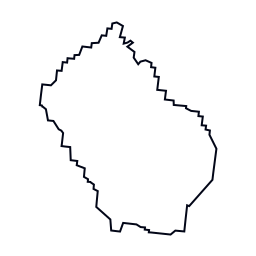 the district of Jefferson, Alabama, United States of America, rotated 96°
{"feature_id": "52423323B83509298228219", "entity_name": "Jefferson", "entity_type": "district", "adm_level": 2, "iso_a3": "USA", "parent_name": "United States of America", "parent_adm1": "Alabama", "projection": "albers", "projection_center": [-86.946, 33.545], "detail": "fine", "context": "isolated", "style": "outline", "palette": "ink", "viewbox_px": 256, "rotation_deg": 96, "n_neighbors": 0, "source": "geoboundaries", "source_scale": "gbopen_adm2", "svg_char_len": 1399}
<svg xmlns="http://www.w3.org/2000/svg" viewBox="0 0 256 256"><g transform="rotate(96 128 128)"><path d="M121.9,46.3L121.4,50.7L117.5,50.6L117.6,55.0L108.8,54.8L108.8,59.2L104.4,59.2L104.4,67.0L102.3,72.4L100.1,72.4L100.3,84.9L95.9,85.5L95.8,94.3L87.0,94.1L87.0,102.9L74.0,102.7L74.0,107.2L65.2,107.1L65.1,111.4L60.8,111.4L58.8,117.6L60.7,122.6L63.5,124.5L57.4,129.7L51.7,129.5L47.2,137.1L42.6,132.1L40.9,134.7L43.1,137.4L44.5,141.1L38.4,140.6L38.5,145.6L27.1,143.7L24.2,150.2L25.7,154.5L31.1,154.7L31.1,158.9L38.6,159.3L38.6,163.8L46.3,166.2L47.4,172.9L51.8,173.0L51.7,181.9L60.4,184.2L61.1,188.8L64.8,188.8L64.9,193.3L64.9,195.4L69.3,195.4L69.3,199.8L78.1,200.0L78.2,204.6L88.1,204.6L93.6,209.1L93.6,211.6L93.6,217.8L103.4,218.0L114.5,218.1L114.6,216.0L115.7,215.4L115.7,215.0L117.9,211.6L128.8,208.4L128.8,202.9L136.5,196.8L137.6,194.0L139.8,192.0L150.7,192.1L152.9,192.2L153.0,188.8L153.0,183.5L166.0,181.6L166.1,175.0L170.4,175.1L172.6,166.8L181.2,166.7L183.1,162.4L185.7,162.4L185.6,159.7L186.1,159.2L187.8,156.0L192.2,155.9L193.9,151.5L204.2,151.4L209.8,151.3L220.8,136.0L231.7,134.0L231.8,127.4L231.8,125.1L222.9,122.9L223.0,109.5L225.2,105.1L225.1,100.7L227.3,100.7L227.3,96.4L229.6,96.4L229.5,94.2L229.5,74.5L225.1,70.2L225.0,61.2L216.2,61.2L213.6,61.2L198.7,61.1L199.3,59.0L170.7,38.6L163.3,38.5L139.4,37.9L126.2,46.3L121.9,46.3Z" fill="none" stroke="#020617" stroke-width="2"/></g></svg>